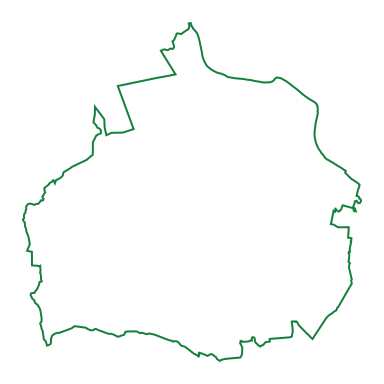 Ixtlahuacán de los Membrillos, Jalisco, Mexico (Robinson projection)
{"feature_id": "50627088B58115544909485", "entity_name": "Ixtlahuacán de los Membrillos", "entity_type": "district", "adm_level": 2, "iso_a3": "MEX", "parent_name": "Mexico", "parent_adm1": "Jalisco", "projection": "robinson", "projection_center": [-103.201, 20.403], "detail": "fine", "context": "isolated", "style": "outline", "palette": "green", "viewbox_px": 384, "rotation_deg": 0, "n_neighbors": 0, "source": "geoboundaries", "source_scale": "gbopen_adm2", "svg_char_len": 5884}
<svg xmlns="http://www.w3.org/2000/svg" viewBox="0 0 384 384"><path d="M359.4,186.5L359.2,186.1L359.6,184.9L357.9,183.1L351.3,178.8L348.8,176.4L345.1,172.6L345.8,170.9L344.1,169.8L343.7,169.7L342.4,168.6L339.3,166.7L338.1,166.1L336.4,165.0L336.0,164.6L335.6,164.5L333.8,163.3L333.5,163.0L331.8,162.2L331.6,161.9L329.7,161.0L329.2,160.5L328.3,160.0L327.5,159.7L326.8,159.3L325.2,157.9L324.4,156.8L324.0,156.0L323.6,155.6L323.0,154.7L322.4,154.2L321.5,153.2L320.8,152.1L320.2,151.0L318.4,148.5L317.4,146.5L315.9,142.6L315.5,141.2L314.6,136.1L314.5,133.4L314.7,130.8L314.8,129.8L315.3,126.1L315.5,123.9L315.9,122.4L316.0,121.4L316.5,119.4L316.7,118.9L316.8,117.9L317.7,114.5L317.7,113.3L317.9,112.6L317.5,111.8L317.7,111.2L317.8,109.9L317.6,107.4L317.2,105.9L317.4,105.7L316.7,104.3L315.6,103.0L314.0,101.8L308.1,98.3L303.6,95.0L297.5,89.8L286.4,81.3L280.6,78.1L276.7,77.5L274.7,79.0L273.7,80.5L272.4,81.4L270.8,82.1L268.9,82.4L266.2,82.4L263.7,82.5L263.0,82.3L262.2,82.3L259.6,81.7L257.1,81.4L252.5,80.5L250.8,80.0L247.8,79.8L242.8,78.9L238.7,78.6L234.7,78.2L227.9,77.0L225.3,75.5L224.9,75.1L221.3,73.7L218.2,73.0L216.0,72.1L211.5,69.7L208.2,67.1L206.6,65.5L204.8,62.4L203.1,58.5L202.5,56.4L202.0,53.4L201.8,51.8L201.2,49.0L199.7,41.8L198.7,37.7L197.6,34.6L196.5,32.4L193.0,28.4L193.0,28.1L191.8,26.4L190.8,23.1L189.1,23.3L188.7,23.5L189.5,26.3L188.3,29.2L185.3,31.1L182.3,33.2L181.5,34.0L179.9,33.8L178.4,33.5L177.4,33.4L177.0,33.5L176.6,33.7L176.4,34.1L176.1,35.6L174.9,37.9L174.4,39.4L173.4,40.7L172.7,41.0L172.5,41.5L173.8,45.3L174.1,47.1L173.5,48.2L172.6,49.0L170.8,48.6L170.0,48.7L169.0,49.5L168.2,49.9L167.2,50.2L164.6,49.4L163.8,49.4L160.9,50.8L175.5,74.4L166.8,76.1L156.9,77.9L117.8,86.0L133.6,129.1L122.8,132.6L111.6,132.8L106.3,135.2L104.6,126.9L104.3,119.2L95.0,106.9L94.8,114.9L93.4,122.2L96.1,125.2L97.4,127.7L99.6,128.6L100.9,130.5L100.9,133.2L96.4,135.4L92.9,142.2L92.8,154.7L86.4,160.0L72.5,166.6L68.7,169.2L63.7,172.2L63.3,173.2L62.8,175.4L62.0,176.5L59.8,178.3L58.2,179.2L56.1,180.1L55.9,180.5L54.9,183.3L53.1,179.5L53.1,180.3L52.3,181.3L49.5,183.3L48.4,184.9L46.4,186.4L44.3,188.1L44.4,189.3L44.7,191.5L45.2,192.4L44.2,193.7L43.3,195.2L42.8,196.5L42.4,196.8L42.3,197.0L43.0,198.3L43.5,198.7L43.3,199.3L43.4,199.7L42.6,200.5L42.0,200.5L41.4,200.3L40.9,200.4L40.8,200.7L38.7,203.5L38.3,203.8L37.0,203.8L35.9,204.1L35.3,204.5L34.3,204.9L33.3,204.4L32.6,204.3L31.2,203.8L29.9,203.6L29.3,203.7L27.9,204.1L26.5,205.9L26.2,206.9L26.2,209.3L25.5,210.9L25.5,212.6L25.2,213.1L24.6,213.5L24.3,214.1L24.1,214.8L23.9,215.8L24.0,216.7L24.2,217.4L24.2,217.7L24.0,218.3L23.0,219.3L23.0,219.8L24.8,223.0L25.0,223.9L24.9,225.7L25.1,226.7L25.5,227.4L26.0,228.5L26.2,229.4L26.3,231.1L26.7,232.3L28.1,235.7L28.4,236.6L29.8,244.0L29.4,245.3L27.7,249.2L27.1,250.8L31.9,251.8L32.0,265.4L37.6,265.8L38.1,266.1L39.4,266.0L40.2,265.7L40.2,267.4L40.6,270.3L40.2,271.8L40.3,272.3L40.1,272.7L40.4,273.1L41.1,276.7L40.9,278.7L41.8,281.4L39.7,281.9L38.8,285.4L38.1,286.7L37.5,288.4L36.6,289.7L35.3,291.2L34.5,292.9L32.6,293.0L30.9,293.5L30.6,295.1L32.4,298.8L34.5,300.5L34.7,302.2L35.5,303.1L37.6,304.9L39.7,308.4L40.5,311.0L41.6,318.3L41.6,321.2L40.1,323.4L41.1,326.0L41.5,328.4L42.7,331.3L43.5,336.6L43.8,339.2L45.6,341.1L47.1,345.6L49.4,344.7L50.1,344.3L50.8,343.6L51.0,341.5L51.0,338.8L52.2,335.6L54.8,333.6L57.6,332.9L59.1,332.9L71.9,328.2L73.2,327.0L74.9,326.2L85.8,327.7L87.5,328.9L89.5,329.9L91.5,330.4L93.1,330.2L94.7,329.1L96.0,329.0L99.1,330.4L108.3,333.7L111.3,333.9L113.7,334.6L118.0,336.8L124.1,334.7L125.6,331.7L127.8,331.5L133.5,331.4L136.3,331.4L138.2,332.1L139.6,333.1L142.2,332.8L144.8,333.6L146.5,334.2L148.7,333.7L149.2,333.5L152.9,334.2L155.4,335.0L169.1,340.2L172.6,341.0L172.9,341.6L173.8,341.3L175.0,341.2L176.7,341.4L178.0,341.9L181.2,345.6L183.0,346.2L184.3,346.5L185.5,347.1L193.8,353.6L197.0,355.2L198.6,356.5L199.3,355.2L198.7,353.9L199.1,352.7L203.0,353.9L207.6,355.9L209.3,354.8L210.7,354.2L211.4,354.1L212.0,354.2L214.5,356.1L216.1,357.2L216.8,358.8L219.6,360.9L219.8,360.9L221.6,359.8L224.6,359.0L228.1,358.6L239.8,357.6L240.3,357.4L241.1,356.4L241.9,354.4L242.1,352.2L242.3,348.3L242.3,347.4L241.8,346.4L240.2,343.2L240.5,343.1L240.5,341.1L240.7,340.9L241.4,340.9L241.7,341.1L242.1,341.7L244.0,341.8L248.2,341.5L248.8,341.3L250.0,340.6L251.9,340.6L251.8,338.2L252.0,337.7L252.4,337.3L253.0,337.1L253.6,337.3L254.4,337.9L254.8,338.9L254.9,339.5L254.8,340.3L254.9,341.2L255.5,342.4L256.3,343.3L257.4,344.2L258.1,345.2L260.1,346.5L260.4,345.9L261.1,345.8L261.7,345.4L262.9,345.2L263.3,344.8L265.5,342.2L269.7,341.6L269.9,341.4L269.7,338.9L290.2,337.3L290.4,337.1L291.8,336.5L292.8,330.8L292.4,326.9L291.7,321.7L292.2,321.3L295.8,321.8L295.7,321.4L296.2,321.4L297.1,322.0L298.6,324.9L299.1,325.5L303.3,329.9L307.6,334.2L308.2,334.5L310.1,336.7L312.5,339.0L326.2,318.1L328.6,315.6L329.3,315.1L332.5,313.0L333.9,311.7L336.1,310.5L336.9,309.0L337.1,308.2L337.4,307.5L338.1,307.2L351.8,283.5L351.2,280.7L351.3,280.4L351.5,279.9L351.8,279.6L348.9,267.2L349.3,265.4L349.4,263.8L349.9,263.1L348.5,261.6L349.1,258.0L349.3,255.0L348.7,253.5L348.9,252.9L348.8,252.1L349.9,252.0L349.7,248.8L350.7,244.3L350.8,241.6L351.1,241.7L351.4,238.1L348.1,237.7L348.8,227.5L348.7,227.2L340.5,227.3L337.9,227.2L337.0,226.7L333.9,224.7L330.9,224.1L331.9,219.1L333.6,210.7L335.1,211.6L335.4,208.6L335.6,208.6L335.9,209.4L336.2,209.9L338.5,211.6L338.8,211.6L341.1,209.6L341.9,207.3L342.7,205.4L343.3,205.4L345.9,206.2L353.3,208.2L353.8,210.9L355.8,211.3L355.3,210.1L355.3,209.2L354.6,208.2L353.4,207.3L353.4,207.2L353.1,207.3L353.1,207.0L354.2,204.4L354.7,202.7L354.7,201.8L354.9,201.3L356.5,200.8L357.2,201.7L357.3,202.2L358.2,203.1L359.0,203.2L359.3,203.0L360.0,202.8L360.4,202.5L360.9,201.2L361.0,200.7L361.0,200.3L360.7,199.7L360.1,198.8L359.4,198.7L359.3,197.6L358.8,196.8L357.8,196.1L357.4,196.2L356.6,196.0L357.9,190.1L359.4,186.5Z" fill="none" stroke="#15803d" stroke-width="2"/></svg>